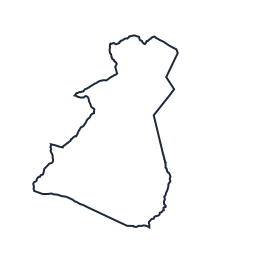 the district of Yamaranguila, Intibucá, Honduras, rotated 23°
{"feature_id": "27666195B33223985620442", "entity_name": "Yamaranguila", "entity_type": "district", "adm_level": 2, "iso_a3": "HND", "parent_name": "Honduras", "parent_adm1": "Intibucá", "projection": "natural_earth1", "projection_center": [-88.263, 14.28], "detail": "fine", "context": "isolated", "style": "outline", "palette": "slate", "viewbox_px": 256, "rotation_deg": 23, "n_neighbors": 0, "source": "geoboundaries", "source_scale": "gbopen_adm2", "svg_char_len": 5604}
<svg xmlns="http://www.w3.org/2000/svg" viewBox="0 0 256 256"><g transform="rotate(23 128 128)"><path d="M146.7,106.2L153.4,82.1L155.3,74.3L143.3,66.2L144.5,39.6L141.9,36.7L138.8,36.5L133.5,36.0L127.0,34.7L122.6,34.6L121.9,34.5L121.1,34.3L120.4,34.2L119.0,34.2L117.3,33.6L116.8,33.4L116.4,33.8L115.1,34.8L114.7,35.2L114.4,35.8L114.2,36.6L113.1,38.1L112.2,40.2L112.0,40.4L111.6,40.5L111.2,40.8L111.2,41.2L111.2,42.8L110.9,43.8L110.5,44.2L110.3,44.3L109.1,43.8L108.3,43.8L107.5,43.1L107.2,42.7L106.4,42.3L105.3,42.5L105.1,42.5L104.9,42.4L104.3,42.0L103.5,41.2L102.8,40.0L102.5,39.8L102.1,39.8L101.2,39.9L99.9,40.2L99.2,40.2L98.7,40.1L97.3,40.6L97.1,40.6L96.0,41.4L95.0,42.0L94.1,42.9L93.7,43.0L93.3,43.4L93.3,43.8L93.2,44.4L92.4,45.9L91.0,46.4L90.5,46.8L89.8,47.7L88.4,49.7L87.8,50.1L87.3,50.5L87.2,50.9L87.3,51.3L87.2,51.5L86.7,51.9L86.5,52.1L86.5,52.4L86.7,52.6L86.8,52.9L86.8,53.1L86.7,53.3L85.7,54.3L85.1,54.7L84.5,55.5L84.1,55.7L83.7,55.7L82.8,55.5L82.1,55.3L81.9,55.3L81.2,55.6L79.8,57.1L79.4,57.3L79.0,57.1L78.9,57.2L78.8,57.6L78.8,58.3L79.0,58.5L79.3,59.7L80.0,61.1L80.1,61.4L80.2,62.2L80.9,64.0L81.3,64.8L81.8,65.3L82.0,65.9L82.5,66.3L82.9,66.5L83.5,66.6L84.8,68.6L85.0,69.1L85.3,69.2L85.6,69.5L86.8,70.7L87.0,70.8L88.0,70.7L88.4,70.8L88.7,71.1L88.9,71.5L89.2,71.8L90.2,72.0L91.6,72.6L92.5,73.2L92.6,73.3L92.6,73.8L92.6,75.4L92.3,76.7L96.7,82.1L96.5,82.6L96.0,83.5L95.1,84.4L93.0,87.1L92.3,88.0L91.2,89.8L90.5,91.0L89.6,92.4L88.9,92.9L87.4,93.3L85.9,94.1L85.2,94.7L84.1,95.4L83.5,96.0L82.9,96.5L82.5,97.1L81.9,98.1L81.3,98.9L80.9,99.4L80.0,100.2L78.3,102.7L75.6,106.6L74.3,108.2L73.4,109.0L73.1,109.7L72.5,111.9L71.5,112.4L70.1,113.7L69.5,113.8L69.1,114.0L68.2,115.2L67.4,115.9L67.1,116.0L66.9,116.2L66.9,116.4L66.7,117.5L66.6,118.2L66.3,118.9L66.8,118.8L67.4,118.7L68.4,118.8L68.8,118.8L69.4,118.8L70.0,118.9L71.4,118.6L72.8,118.4L74.5,117.6L75.2,117.2L75.4,116.9L76.2,115.5L76.4,115.3L76.6,115.2L77.1,115.1L77.6,115.0L79.3,115.5L79.7,115.8L80.4,116.7L82.0,119.0L82.6,119.4L84.1,120.8L85.4,122.3L85.8,122.8L86.3,123.0L86.8,123.2L87.8,123.4L88.8,123.6L89.5,123.7L90.9,127.7L90.6,127.9L90.1,128.3L89.9,128.5L89.3,129.4L88.9,130.2L88.7,130.8L88.8,131.9L88.7,133.0L88.5,133.7L88.1,134.3L87.9,134.6L87.5,135.5L87.3,136.3L87.1,137.2L87.0,138.5L87.0,139.0L87.0,139.7L87.0,140.1L86.5,141.9L86.2,143.5L85.9,144.1L85.5,144.6L85.3,144.8L85.0,145.0L84.8,145.1L84.6,145.5L84.4,146.0L84.1,147.9L83.7,151.1L83.7,151.6L83.8,152.7L83.8,153.4L83.7,154.9L83.5,155.8L83.4,156.0L83.1,156.1L82.8,156.1L82.6,156.1L82.3,156.6L81.9,157.1L81.1,158.4L80.6,159.9L80.0,160.6L79.9,160.9L79.9,161.1L80.0,161.6L80.1,161.9L80.0,162.2L79.9,162.5L79.5,163.2L78.8,164.2L78.7,164.5L78.6,165.0L78.4,165.3L78.2,165.6L77.7,166.1L76.7,168.2L76.2,168.9L75.8,169.5L75.5,170.1L75.4,170.6L75.4,171.0L75.5,171.3L72.2,172.0L69.4,172.2L67.3,172.4L63.5,173.1L63.7,173.3L63.8,173.7L64.1,174.9L64.2,175.9L64.2,176.2L64.9,176.7L65.3,177.1L65.4,177.4L65.6,178.3L65.6,178.9L65.7,179.3L66.2,179.9L68.9,182.2L69.2,182.6L69.8,183.7L70.1,184.6L71.6,186.7L71.8,187.3L71.9,188.1L71.9,188.6L71.8,189.1L71.7,189.4L71.4,189.9L71.1,190.2L69.6,191.6L69.4,191.8L69.1,192.7L68.6,194.2L67.0,198.0L67.0,198.3L67.0,198.5L67.1,199.6L67.5,200.9L67.8,203.4L67.8,204.0L67.7,204.3L66.4,205.1L66.2,205.3L66.1,205.9L66.1,207.0L66.1,207.3L65.9,207.5L65.6,207.5L65.3,207.5L65.0,207.8L64.8,208.0L64.6,208.8L64.2,209.6L64.0,210.2L64.0,210.7L64.4,212.1L64.3,212.5L64.1,213.0L62.8,214.5L62.7,214.7L62.6,215.2L62.6,216.1L62.6,216.4L62.8,216.7L63.1,217.2L63.9,218.1L64.4,218.9L64.5,219.2L64.5,219.7L64.6,220.1L64.8,220.7L65.0,221.0L65.2,221.3L65.8,221.8L66.1,222.2L66.3,222.6L75.2,222.1L80.0,220.1L83.1,218.2L85.1,218.2L86.2,217.9L88.7,217.0L92.1,216.7L94.0,216.6L96.2,215.8L98.5,215.4L105.1,215.6L107.4,216.3L109.5,216.2L113.8,216.7L116.7,216.4L123.6,216.8L165.3,218.4L171.2,216.1L171.6,216.4L171.8,216.5L172.6,216.3L174.2,215.9L174.8,215.4L175.6,214.4L176.2,213.8L177.5,213.3L178.9,212.7L179.7,212.2L180.3,211.6L180.7,211.4L181.8,211.2L183.3,210.9L185.2,210.9L185.8,211.0L186.2,211.2L186.5,211.2L186.4,211.0L186.2,210.9L186.0,210.0L185.4,208.6L184.4,207.4L184.2,207.2L184.0,206.5L184.1,206.0L184.8,204.0L185.0,203.3L185.1,203.1L185.2,202.9L185.4,202.6L185.6,202.3L186.8,201.7L187.1,201.4L187.1,201.2L187.1,200.8L187.0,199.4L188.0,198.3L189.1,197.6L189.7,197.1L190.3,196.5L190.7,195.8L190.8,195.4L190.8,195.0L190.7,194.4L190.5,193.9L190.4,193.6L190.9,193.1L191.5,192.7L191.8,192.4L192.0,191.9L192.1,191.1L192.3,190.5L192.5,190.1L193.0,189.8L193.1,189.6L193.0,189.3L192.0,188.1L191.9,187.7L191.9,187.4L192.3,186.7L192.7,186.6L193.2,186.3L193.4,186.1L193.4,185.8L193.3,185.3L193.0,184.8L192.6,184.6L191.1,184.1L190.9,183.9L190.6,182.9L190.3,182.5L189.9,182.0L189.7,181.6L189.8,181.0L189.9,179.9L189.9,179.5L189.8,179.2L189.4,178.6L188.4,177.5L188.2,177.1L188.2,176.9L188.3,176.6L188.8,175.5L188.8,175.3L188.7,174.5L188.5,173.6L188.4,172.7L188.5,169.6L188.0,166.2L187.8,165.6L187.3,164.3L187.2,163.8L187.3,162.8L187.7,161.1L187.8,160.8L187.7,160.5L187.5,160.1L186.7,159.1L186.2,158.3L186.1,157.8L186.2,156.5L185.3,155.2L183.6,153.6L183.4,153.4L182.1,153.3L181.5,152.7L180.8,152.4L180.6,152.1L180.3,151.5L179.6,150.8L179.5,150.6L179.4,150.3L179.3,150.2L178.8,150.0L178.3,150.0L178.0,149.8L177.8,149.5L177.7,148.9L177.4,148.0L176.9,147.1L176.4,146.3L176.2,145.3L176.2,145.0L175.7,144.9L175.2,144.8L174.9,144.1L174.6,143.6L174.5,143.2L173.7,142.8L173.5,142.6L173.3,142.2L173.0,141.4L172.8,141.0L172.5,140.7L172.0,140.3L171.7,140.0L171.5,139.7L171.3,139.1L171.0,138.7L170.7,138.5L170.4,138.4L170.2,138.3L169.8,137.4L146.7,106.2Z" fill="none" stroke="#1e293b" stroke-width="2"/></g></svg>